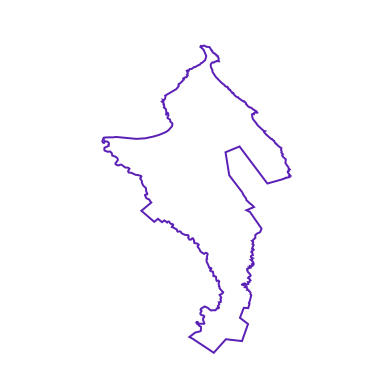 outline of Bahía de Banderas, Nayarit, Mexico, rotated 112°
{"feature_id": "50627088B73050427186978", "entity_name": "Bahía de Banderas", "entity_type": "district", "adm_level": 2, "iso_a3": "MEX", "parent_name": "Mexico", "parent_adm1": "Nayarit", "projection": "equal_earth", "projection_center": [-105.326, 20.829], "detail": "fine", "context": "isolated", "style": "outline", "palette": "violet", "viewbox_px": 384, "rotation_deg": 112, "n_neighbors": 0, "source": "geoboundaries", "source_scale": "gbopen_adm2", "svg_char_len": 6043}
<svg xmlns="http://www.w3.org/2000/svg" viewBox="0 0 384 384"><g transform="rotate(112 192 192)"><path d="M269.7,130.9L270.9,130.4L273.0,126.5L273.2,125.6L274.5,125.7L277.1,127.8L278.7,125.5L279.3,125.3L280.7,125.6L281.6,124.6L283.0,124.2L283.3,124.2L284.2,125.8L286.0,124.6L288.0,125.3L288.6,124.9L289.0,123.7L289.3,123.6L290.1,124.2L290.7,125.5L291.8,125.4L293.1,126.3L293.6,128.1L294.7,129.8L294.2,132.2L293.5,133.9L293.4,137.4L297.0,140.0L298.1,139.9L298.6,138.7L299.0,138.5L300.8,138.9L302.0,138.5L302.6,137.2L302.2,135.0L302.6,134.2L303.6,133.9L304.6,134.4L306.5,133.8L309.3,131.3L309.7,131.5L311.3,135.6L311.2,137.4L310.4,138.0L310.7,138.9L311.4,139.1L312.2,138.3L312.4,137.1L313.2,135.7L313.6,133.2L317.0,131.9L317.8,132.0L318.5,132.7L321.1,136.4L327.4,140.1L327.8,136.4L332.9,111.6L315.8,105.4L311.5,89.8L293.4,90.6L290.7,100.4L280.0,100.6L278.6,96.4L274.1,96.8L273.8,97.6L273.3,97.7L272.2,97.5L265.5,98.4L265.0,99.4L263.2,100.2L262.5,101.5L262.5,102.2L261.8,102.9L262.1,104.2L261.3,104.1L260.2,105.4L260.4,106.9L259.3,106.2L258.8,107.9L259.1,109.0L258.7,109.0L259.3,110.8L259.1,111.0L258.4,110.6L256.9,108.8L257.3,107.5L256.9,106.1L256.1,105.3L254.6,106.4L254.0,105.0L252.1,105.3L251.9,104.9L251.1,106.0L250.8,107.8L249.6,107.6L248.6,106.6L247.5,106.3L246.4,107.5L245.2,110.1L243.6,111.8L242.6,112.0L242.4,111.4L241.5,110.9L240.7,111.3L240.7,110.1L240.3,109.2L239.9,109.2L239.4,110.3L238.9,110.6L238.6,109.0L237.8,108.3L237.1,108.0L237.2,108.5L236.5,109.5L235.9,109.1L236.1,108.2L235.2,108.1L234.8,108.9L234.2,108.9L233.0,111.6L232.7,110.6L231.5,110.9L231.1,111.6L230.6,111.1L230.5,112.6L229.6,113.3L228.2,112.6L227.6,111.9L225.8,113.3L225.5,114.5L224.8,114.6L224.1,113.9L223.3,114.2L223.1,113.6L222.4,113.2L221.8,114.4L222.2,114.5L221.9,115.2L218.0,115.0L217.5,116.5L215.7,116.4L215.0,117.7L214.8,117.2L214.3,117.7L210.8,116.1L208.2,117.2L205.8,115.9L205.0,114.9L203.5,113.8L199.9,113.8L188.8,130.8L188.5,134.7L182.7,128.9L181.5,131.7L181.1,133.5L179.1,138.6L177.8,139.4L175.6,143.0L173.4,145.4L162.6,163.7L142.6,175.8L132.0,165.0L155.9,125.3L146.8,113.5L144.7,111.1L143.8,110.6L143.9,110.3L141.8,107.5L141.6,108.1L141.1,108.2L140.1,106.8L138.1,110.3L137.0,110.9L136.4,110.1L135.0,110.7L134.5,109.9L133.6,111.5L133.0,111.6L132.8,111.2L132.9,111.7L132.3,113.1L130.1,116.3L126.6,117.2L125.4,120.6L124.3,122.1L123.0,121.8L122.0,123.9L120.7,124.1L119.6,125.2L117.8,125.6L117.4,127.9L116.0,131.9L115.7,131.9L115.2,133.7L113.8,135.0L113.8,135.8L112.9,137.9L113.2,138.3L110.9,144.8L109.4,147.8L109.0,147.9L108.3,147.3L108.4,148.6L106.2,154.5L104.9,157.4L104.3,157.9L101.7,162.6L100.6,163.7L97.8,165.4L97.3,165.4L96.9,164.8L96.6,163.7L95.7,164.1L95.0,163.7L94.4,163.0L94.5,162.0L93.9,161.3L93.0,162.7L92.5,166.5L91.9,167.7L91.7,169.7L92.0,170.2L91.3,172.9L90.8,173.4L90.2,174.9L89.6,175.0L89.0,175.9L88.9,177.1L88.4,177.4L88.3,178.0L88.7,178.7L87.5,183.9L86.9,184.6L87.2,185.4L86.9,187.3L85.8,189.7L84.8,190.7L85.2,191.2L85.1,191.7L84.7,191.7L84.2,192.5L83.8,192.5L84.2,192.7L84.1,193.6L83.0,194.9L83.2,195.3L83.0,196.4L82.7,196.4L82.3,196.8L82.3,197.4L81.5,198.0L81.2,198.7L81.6,199.1L81.6,199.6L81.2,201.5L80.6,202.1L79.7,205.5L76.3,213.2L73.0,217.9L72.0,218.6L71.3,218.7L69.1,221.3L66.6,222.5L64.2,221.7L63.8,220.2L62.8,219.9L62.1,218.7L61.3,218.2L60.7,216.0L59.4,217.1L58.6,217.1L57.3,218.0L57.0,218.7L56.4,218.8L56.4,220.3L55.6,220.8L55.7,221.8L54.9,223.0L55.2,223.7L55.0,224.4L54.1,226.0L53.4,226.2L53.4,226.9L53.0,227.5L51.1,230.0L51.9,233.0L51.7,235.7L52.9,237.1L53.2,238.5L54.3,238.6L55.1,235.9L56.1,234.2L60.6,229.7L64.8,229.2L68.2,230.9L69.4,232.1L70.8,232.3L72.8,234.3L74.9,235.8L75.6,237.1L76.5,237.4L78.3,238.8L78.9,240.3L81.0,240.5L81.0,241.2L81.5,240.9L81.8,242.0L83.8,240.2L85.2,240.6L85.6,239.7L87.6,240.1L87.9,241.0L89.8,242.5L90.0,241.7L90.9,241.7L91.2,242.2L92.4,242.3L95.8,243.8L97.0,244.8L97.6,244.3L98.4,244.5L99.0,244.0L102.5,245.1L112.7,253.0L113.3,252.4L115.7,251.9L116.9,252.5L117.4,252.4L117.8,252.7L117.7,253.4L118.4,252.8L119.1,253.5L119.2,252.6L119.8,252.7L119.8,252.0L120.8,251.2L121.2,251.3L121.4,250.7L122.2,250.6L123.4,249.4L124.2,249.7L125.0,247.2L128.0,245.5L129.8,245.1L130.0,243.9L129.7,245.0L128.7,245.3L128.6,244.8L128.3,245.3L127.9,245.4L127.7,244.2L128.1,243.5L129.4,242.9L129.7,243.3L129.6,242.7L130.0,242.5L131.6,242.7L132.6,242.4L133.1,239.5L135.0,238.3L135.4,236.5L136.2,235.6L138.7,235.2L143.7,237.0L146.2,238.7L151.2,243.7L154.8,248.2L159.7,255.4L163.6,263.5L169.4,283.0L170.7,285.3L173.6,292.2L174.8,294.2L176.3,294.2L176.0,293.6L176.5,293.4L177.1,294.0L178.5,294.2L179.5,293.1L179.5,292.0L177.5,291.7L177.0,289.1L177.5,287.7L178.8,286.9L179.6,287.2L180.4,286.5L183.7,289.7L185.8,289.1L186.3,288.5L186.3,285.3L185.1,283.0L186.1,280.9L188.1,279.5L187.9,276.3L188.4,274.2L189.4,273.1L190.4,272.7L194.0,273.7L194.9,273.2L195.1,270.9L194.5,269.6L193.6,268.9L193.1,267.6L194.3,263.1L193.4,260.3L193.9,258.7L196.5,259.1L197.6,258.1L196.9,255.0L197.2,250.8L196.5,248.2L196.2,245.2L196.7,244.7L198.9,245.1L200.6,242.6L202.1,242.0L204.4,239.5L205.6,236.2L208.5,234.8L210.0,233.1L210.9,232.7L212.1,234.4L212.7,234.3L214.6,232.3L215.0,231.2L215.0,228.8L216.2,227.4L217.0,225.8L228.4,231.9L233.8,215.8L229.6,213.5L231.2,208.5L228.7,207.0L229.5,203.7L228.9,203.7L228.0,202.3L229.4,200.0L229.1,197.8L229.4,197.2L230.2,197.0L231.4,197.7L232.1,197.6L232.0,194.9L232.3,194.1L232.4,192.2L234.1,190.7L234.0,190.1L233.0,188.6L233.1,187.6L234.0,186.3L234.3,185.0L234.3,182.1L233.5,179.3L234.3,178.5L235.9,178.4L237.1,176.5L236.3,174.9L234.8,174.4L234.6,173.6L236.8,171.4L237.5,171.4L238.4,170.7L237.8,167.4L238.3,166.1L239.1,166.0L240.0,166.5L240.6,166.3L242.0,164.0L244.0,161.8L244.9,157.7L243.3,156.5L243.1,155.5L243.6,154.3L247.4,153.7L248.3,152.9L249.3,153.3L251.4,152.1L253.8,149.3L255.6,147.9L255.8,147.3L255.3,146.2L255.6,145.4L256.4,145.4L257.6,146.0L258.1,145.7L258.4,144.7L258.0,142.8L261.1,140.8L261.7,140.8L262.0,140.5L261.5,139.4L261.7,137.9L264.5,136.5L265.2,135.6L264.2,134.2L264.6,133.3L267.1,133.0L268.8,131.7L269.4,131.7L269.7,130.9Z" fill="none" stroke="#5b21b6" stroke-width="2"/></g></svg>